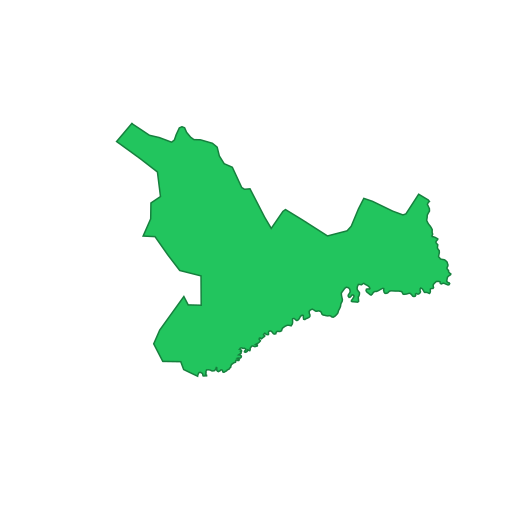 the district of Ani, Shirak, Armenia, rotated 212°
{"feature_id": "60910142B64012193022173", "entity_name": "Ani", "entity_type": "district", "adm_level": 2, "iso_a3": "ARM", "parent_name": "Armenia", "parent_adm1": "Shirak", "projection": "equal_earth", "projection_center": [43.671, 40.552], "detail": "fine", "context": "isolated", "style": "filled", "palette": "green", "viewbox_px": 512, "rotation_deg": 212, "n_neighbors": 0, "source": "geoboundaries", "source_scale": "gbopen_adm2", "svg_char_len": 6014}
<svg xmlns="http://www.w3.org/2000/svg" viewBox="0 0 512 512"><g transform="rotate(212 256 256)"><path d="M241.8,123.1L242.3,124.4L242.5,125.6L242.5,127.0L241.8,127.8L239.9,128.0L238.8,127.8L238.1,126.9L237.5,126.5L237.2,126.3L234.4,128.2L234.8,128.8L235.9,128.9L236.1,128.9L236.3,129.5L236.3,130.4L237.2,131.0L237.3,131.4L237.3,132.3L237.6,133.2L236.1,134.3L234.4,135.0L232.4,135.2L231.3,136.0L230.3,136.9L230.3,139.1L230.3,139.3L230.6,140.4L230.1,140.5L229.5,139.6L229.2,139.2L228.6,138.2L227.6,137.9L226.6,138.0L226.3,138.6L225.7,139.5L225.6,140.1L225.5,140.4L225.3,141.0L224.3,141.3L223.4,140.8L222.7,140.1L221.7,140.3L221.3,140.8L220.9,141.7L220.1,143.0L220.1,143.6L219.7,144.6L218.9,145.7L218.8,147.4L218.5,148.3L219.1,149.6L219.2,150.5L219.3,151.2L218.8,152.0L218.4,153.4L217.1,155.0L217.2,155.7L217.7,156.5L217.6,157.3L216.9,157.6L215.9,157.7L215.2,158.3L215.2,159.2L215.9,159.3L217.7,159.3L217.1,160.0L215.4,160.9L214.9,162.0L215.3,163.3L216.1,163.6L217.2,163.5L218.3,163.0L218.1,163.5L217.8,164.4L217.1,165.5L217.6,166.6L218.4,166.8L217.8,167.7L218.3,168.3L219.5,168.4L220.6,168.0L220.5,169.5L219.5,170.5L218.1,170.7L216.9,171.7L215.5,171.7L215.2,171.3L215.1,171.1L215.3,169.0L214.9,168.5L213.7,168.9L213.0,170.2L213.0,170.9L213.5,171.9L213.0,172.2L211.8,172.1L211.1,172.4L211.2,173.4L212.1,174.6L212.0,175.2L212.0,176.0L211.8,177.3L211.3,177.9L208.9,178.5L208.0,179.5L207.2,180.4L207.6,181.2L208.7,180.9L209.5,180.7L209.0,181.8L208.2,182.9L207.6,184.5L207.3,186.4L208.1,186.8L209.2,187.0L209.6,188.0L209.2,188.7L207.4,188.7L207.2,189.5L206.6,191.3L206.1,192.3L206.2,192.9L207.9,193.2L207.9,194.2L207.6,195.2L206.9,195.1L205.8,194.9L204.1,195.6L203.9,195.9L203.9,196.5L204.8,197.5L205.1,198.3L204.9,199.4L203.8,200.2L202.8,200.2L201.9,200.0L200.4,199.4L200.2,199.4L199.2,199.4L198.0,200.5L198.4,201.8L198.5,201.9L198.1,203.3L196.7,204.1L196.3,204.3L195.7,204.6L194.7,206.1L195.0,207.1L195.3,208.7L194.8,210.1L194.1,211.8L192.8,213.8L191.4,214.7L189.2,215.4L189.2,217.7L189.8,219.2L190.5,220.3L191.2,221.1L191.7,222.2L190.7,223.2L189.4,223.1L189.0,223.0L188.2,222.8L187.1,222.9L186.4,224.1L186.2,224.9L186.2,226.5L186.3,228.4L185.5,230.3L184.4,230.6L183.5,229.2L182.1,227.6L181.1,227.9L180.9,228.0L180.5,229.1L179.4,230.6L178.5,232.1L178.3,233.2L179.0,234.6L180.5,235.7L181.6,237.2L181.3,239.1L180.1,240.8L178.1,240.9L176.3,240.8L175.1,241.4L174.0,242.6L172.2,243.1L171.9,243.1L170.8,242.8L169.2,241.6L167.8,241.5L166.4,242.1L165.3,242.4L163.6,243.1L162.1,244.3L160.8,244.8L160.2,244.5L159.4,244.5L158.1,245.0L157.2,246.6L156.7,248.5L156.4,250.2L156.4,251.2L157.1,253.5L157.2,255.5L157.6,258.0L158.7,260.5L158.9,263.1L159.5,264.7L161.1,266.3L162.8,268.1L163.5,269.1L164.0,269.8L163.8,272.9L163.6,275.5L162.9,277.4L161.6,277.8L160.9,278.1L159.0,277.6L157.5,276.1L157.0,274.6L157.1,272.0L156.7,270.9L155.1,270.2L154.4,270.9L154.1,272.2L153.8,273.9L153.8,274.1L152.6,274.5L151.6,274.0L151.4,272.9L151.3,270.7L151.5,268.9L151.3,268.6L151.0,268.1L150.4,268.2L150.1,268.3L147.8,269.5L145.4,270.7L144.9,271.8L145.5,272.7L146.4,273.9L146.6,274.1L147.6,275.6L147.5,276.7L148.1,278.6L148.9,279.8L150.6,280.4L152.2,281.1L153.1,282.1L153.8,283.7L154.1,286.2L153.0,286.8L151.3,287.5L150.6,289.3L150.0,290.0L148.9,289.9L148.4,289.8L146.8,290.0L144.8,290.0L143.7,289.7L143.2,289.6L142.1,288.7L142.3,288.0L143.4,287.6L144.7,286.5L144.8,286.4L144.3,284.9L143.0,284.2L141.3,284.0L140.3,283.9L138.8,283.7L137.7,283.8L137.2,285.4L137.2,287.4L136.4,288.9L135.0,289.8L133.9,291.4L132.8,293.5L132.1,294.7L131.4,295.7L130.4,296.1L129.9,295.4L129.5,294.4L129.4,294.4L128.1,293.1L126.8,292.7L125.9,293.2L124.8,294.4L124.5,295.6L124.3,296.3L124.2,296.9L122.8,298.2L122.2,298.5L121.5,298.9L118.9,300.3L116.4,301.9L113.6,303.0L112.8,302.6L112.5,302.4L111.0,301.6L110.2,301.9L108.1,303.6L106.9,305.0L105.7,306.0L103.7,305.7L101.8,305.0L100.6,305.3L99.7,306.2L99.7,307.2L100.6,308.3L100.1,309.2L98.8,309.3L97.9,310.0L97.4,311.3L97.5,312.8L98.1,313.3L98.6,313.7L99.4,315.1L99.4,316.1L98.6,316.3L97.4,316.2L96.1,315.6L94.9,315.0L94.3,314.6L93.6,314.5L92.2,315.5L90.8,315.9L89.1,316.1L88.9,317.0L89.3,318.3L90.3,319.6L90.6,320.6L89.7,321.6L88.7,322.3L88.7,323.4L89.2,323.8L89.7,324.3L90.4,325.3L90.4,326.8L89.6,329.9L87.7,331.2L86.3,331.7L85.3,330.5L84.8,330.4L83.9,330.6L83.3,331.6L82.6,332.3L81.8,332.5L81.1,332.7L79.9,332.8L77.8,333.2L77.1,333.9L77.1,335.2L77.9,335.6L79.2,335.3L80.7,335.5L80.8,335.6L81.2,336.4L82.0,338.3L82.4,339.7L82.1,340.9L81.9,341.5L81.1,343.1L81.2,344.0L81.6,344.1L81.8,344.1L83.1,344.2L84.2,344.6L85.1,345.8L86.6,346.1L87.7,346.9L87.9,347.8L88.0,349.2L88.5,350.2L89.4,350.9L90.7,352.1L91.9,352.4L93.9,352.7L94.9,352.4L96.3,351.8L97.9,351.2L99.2,351.7L100.8,352.1L101.5,353.7L102.3,356.0L103.4,357.6L105.1,358.2L106.4,358.9L107.0,360.1L107.6,361.4L107.7,361.8L108.2,361.9L109.0,362.2L110.5,362.7L111.0,363.6L110.9,365.0L110.8,365.4L110.6,366.2L111.0,366.9L111.9,366.8L112.2,366.8L114.0,366.7L115.8,366.3L116.8,365.8L117.5,366.3L117.6,367.8L118.1,368.5L119.2,369.4L119.8,370.5L120.6,371.8L122.1,372.7L123.9,373.6L126.3,374.4L128.1,375.3L130.1,376.6L130.6,377.7L131.2,379.2L132.4,381.4L132.6,383.3L132.7,386.1L133.3,386.9L134.0,388.0L135.4,388.9L136.7,389.8L137.9,390.4L138.1,391.1L138.2,392.0L138.2,393.2L137.8,394.1L139.6,394.8L150.8,394.6L151.0,381.2L151.2,371.1L153.2,368.7L163.7,366.5L186.2,364.1L195.1,362.0L194.1,350.3L191.0,331.7L192.1,325.6L206.0,310.9L236.3,311.2L255.6,311.0L256.8,308.1L257.7,287.5L269.1,293.4L296.7,309.8L301.1,306.5L304.4,306.5L323.1,318.7L331.9,317.4L340.1,321.4L346.6,327.7L352.7,328.5L364.7,325.1L370.3,321.8L374.4,322.1L380.4,324.1L384.5,326.9L387.3,326.4L388.9,324.0L388.0,316.7L386.7,311.1L387.9,307.8L400.8,305.2L410.4,301.9L419.3,302.2L431.4,302.5L431.4,303.4L434.9,279.2L405.9,277.2L384.1,275.0L368.5,255.8L373.2,245.3L365.0,231.7L362.3,213.1L351.9,218.9L331.6,210.3L313.0,203.3L292.1,210.0L276.4,185.2L287.6,178.6L295.7,183.4L298.4,142.2L296.2,127.3L279.2,117.2L263.8,126.5L257.2,121.4L252.4,121.9L241.8,123.1Z" fill="#22c55e" stroke="#15803d" stroke-width="1.5"/></g></svg>